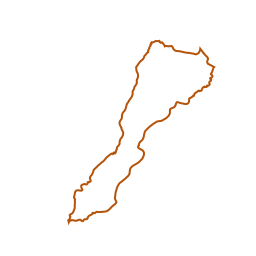 Bagre, Pará, Brazil (Natural Earth projection), rotated 49°
{"feature_id": "56859067B6820333786751", "entity_name": "Bagre", "entity_type": "district", "adm_level": 2, "iso_a3": "BRA", "parent_name": "Brazil", "parent_adm1": "Pará", "projection": "natural_earth1", "projection_center": [-50.178, -2.484], "detail": "fine", "context": "isolated", "style": "outline", "palette": "amber", "viewbox_px": 256, "rotation_deg": 49, "n_neighbors": 0, "source": "geoboundaries", "source_scale": "gbopen_adm2", "svg_char_len": 5846}
<svg xmlns="http://www.w3.org/2000/svg" viewBox="0 0 256 256"><g transform="rotate(49 128 128)"><path d="M121.9,21.6L121.6,21.9L119.7,21.8L118.9,21.6L116.7,21.6L115.6,21.5L116.4,22.4L117.0,23.4L117.6,25.1L117.7,26.0L117.6,26.6L117.2,28.0L116.9,28.5L115.3,29.6L114.6,30.0L114.0,30.5L112.5,31.8L111.6,32.4L110.3,33.8L108.1,35.6L107.0,36.5L106.2,37.0L105.8,37.3L105.4,37.5L103.4,39.2L101.4,41.1L100.8,41.5L98.7,41.9L97.9,41.9L96.8,41.4L95.3,41.2L94.7,41.3L94.2,42.2L93.6,42.8L93.0,43.8L92.5,44.1L92.2,44.5L91.6,45.0L91.2,45.2L90.7,45.8L90.5,46.6L89.7,46.2L88.5,46.3L87.7,46.1L86.0,46.0L85.6,46.2L85.4,47.2L85.0,47.5L84.2,47.6L83.2,47.2L82.8,47.2L82.7,47.7L82.4,48.2L82.0,48.5L81.4,49.2L80.6,49.8L80.4,50.3L80.3,51.2L79.8,52.9L79.5,53.3L78.8,53.9L78.9,54.6L79.5,54.7L79.9,55.2L79.8,55.8L79.8,56.4L80.3,56.8L80.7,56.9L80.8,57.9L80.9,58.4L81.3,59.1L82.0,59.7L82.0,60.2L82.5,61.4L82.7,61.8L82.9,62.2L83.5,62.7L84.0,62.9L84.0,63.7L83.8,64.7L83.9,65.3L84.2,66.0L84.3,66.5L84.3,67.7L84.4,68.3L85.0,69.3L85.3,69.8L85.6,70.5L85.9,71.7L85.9,73.7L85.7,74.4L85.9,75.1L86.0,76.2L86.2,76.7L86.2,77.1L86.5,78.1L86.6,78.8L86.8,79.4L87.2,81.1L87.3,81.6L87.8,82.3L89.5,83.4L90.5,84.1L91.7,84.5L92.1,84.5L93.7,85.1L95.2,86.2L95.6,86.6L96.6,87.8L97.1,89.0L97.5,89.8L98.1,90.4L99.7,91.7L100.3,92.5L100.4,93.1L101.0,94.8L101.2,96.1L101.6,96.7L102.6,98.1L103.3,100.2L103.6,100.7L104.0,101.1L105.2,101.9L105.9,102.9L106.6,104.1L107.0,105.0L107.3,106.3L107.9,108.8L108.6,110.8L108.9,112.3L109.5,113.7L111.5,116.5L112.2,117.8L112.4,118.6L112.8,119.5L113.0,121.5L113.3,122.3L113.7,123.1L114.1,123.7L115.2,125.0L115.9,125.5L116.8,126.6L117.6,129.7L118.3,130.6L118.9,131.4L119.4,131.7L121.5,132.4L122.0,132.5L122.5,132.6L123.2,132.8L123.6,132.8L124.1,133.3L124.6,133.6L127.3,134.2L128.5,134.7L129.0,135.2L129.7,136.0L130.4,137.3L130.7,137.9L131.1,139.3L131.4,140.9L131.7,141.5L132.8,143.3L133.3,143.8L134.3,144.6L134.6,145.1L135.0,146.3L135.3,148.6L135.6,149.3L135.9,149.7L136.7,150.3L136.8,150.9L137.2,151.7L138.1,152.9L138.4,153.3L138.6,154.5L137.3,154.6L137.2,155.2L137.6,155.7L137.8,156.2L137.5,156.9L136.7,157.1L136.4,157.6L136.3,158.9L136.2,162.3L136.2,163.8L136.5,165.3L136.8,167.0L136.9,168.1L136.9,169.0L136.7,169.7L136.7,171.1L136.7,172.5L136.8,173.4L136.7,175.2L137.0,177.6L136.9,178.2L137.0,179.0L137.0,179.9L137.1,181.4L137.3,181.8L137.9,182.5L138.5,183.5L139.4,185.6L139.7,186.4L139.8,187.6L140.0,188.3L140.3,188.9L140.6,189.4L141.4,190.1L143.2,190.6L143.6,191.0L143.7,191.6L143.5,192.8L143.2,193.1L142.6,193.4L142.5,193.9L143.2,194.7L143.5,195.2L143.5,195.9L143.4,196.4L142.8,196.9L141.7,197.5L141.4,198.5L140.8,199.7L140.7,200.8L141.2,201.5L141.7,201.9L142.3,202.2L143.3,202.6L144.7,202.9L144.9,203.5L144.7,204.3L144.4,204.7L143.6,205.4L142.5,206.2L142.1,206.8L141.3,208.0L141.4,209.1L142.1,210.6L143.7,212.5L144.7,214.1L145.8,214.6L147.0,214.7L147.8,215.7L149.3,216.8L150.8,218.3L152.2,219.7L153.5,220.7L154.4,222.4L155.4,224.2L155.9,226.2L155.5,227.9L155.4,229.0L156.3,229.7L157.1,229.7L157.5,230.1L157.7,230.6L158.5,231.7L158.4,233.3L158.6,233.8L159.0,234.0L159.6,234.1L160.3,234.5L159.8,233.4L160.1,232.5L160.4,231.8L160.5,231.0L161.4,230.1L162.0,229.8L162.5,229.3L163.6,228.4L164.1,227.9L164.5,226.8L165.2,225.1L165.7,224.3L166.5,224.0L167.7,224.0L168.6,223.3L168.7,222.6L168.3,221.7L168.4,220.7L169.6,219.2L169.8,218.3L169.5,217.5L169.1,217.3L169.0,216.7L168.8,216.0L168.7,215.0L169.1,213.6L169.5,211.4L168.9,210.6L168.9,210.1L169.4,209.7L170.0,209.6L170.5,208.7L170.6,208.2L170.5,206.9L172.0,205.4L172.5,205.0L173.0,204.3L173.8,203.4L174.0,202.8L175.5,201.0L176.8,198.7L177.0,198.1L177.1,197.7L177.1,196.3L177.2,195.6L177.1,194.3L177.0,193.7L176.8,192.0L176.8,189.2L176.9,188.3L176.9,187.4L176.8,186.6L176.3,185.3L174.2,184.7L173.3,184.4L172.5,183.9L171.8,183.4L171.5,182.9L170.8,182.1L168.5,179.6L168.0,178.9L167.3,177.6L166.3,176.2L165.0,173.7L164.5,172.1L164.2,171.1L164.1,169.8L164.3,168.1L164.3,166.9L164.4,163.3L164.3,159.5L164.0,158.2L163.7,157.1L163.1,156.6L162.4,155.6L160.7,153.9L160.3,153.2L159.8,151.7L159.8,150.8L159.7,149.6L159.9,148.3L160.6,144.6L160.9,143.3L160.9,142.2L160.6,137.7L160.4,137.0L159.8,135.8L159.5,134.9L158.6,133.5L157.3,132.3L156.2,131.8L154.3,131.7L153.7,131.8L152.1,132.6L151.5,132.8L149.8,133.1L149.0,133.0L148.4,132.2L148.3,131.2L148.0,130.9L147.5,130.6L146.5,128.5L146.4,127.3L146.5,126.7L146.5,126.2L146.3,124.8L146.1,124.3L145.9,123.6L145.0,121.9L143.6,120.3L142.2,118.2L141.8,117.4L141.5,116.5L141.5,115.6L141.3,113.7L141.2,111.4L141.2,109.4L141.6,105.2L141.9,103.5L142.1,102.3L142.2,101.7L142.8,100.7L144.0,98.9L144.6,97.7L144.9,97.1L145.0,95.6L145.5,93.6L145.6,92.7L145.6,91.1L145.5,90.1L145.4,89.2L144.7,87.2L144.4,86.8L143.1,85.6L142.6,85.2L141.7,84.2L141.5,83.7L141.6,82.5L142.2,80.7L142.5,79.8L142.5,78.6L142.1,77.4L141.1,75.7L140.8,75.1L140.6,74.6L140.7,73.9L141.8,73.1L142.2,72.9L143.1,72.3L143.8,71.9L147.4,69.1L148.2,68.2L148.4,67.7L148.7,67.0L148.7,66.1L148.0,64.4L146.2,62.9L146.1,62.4L145.9,61.9L146.1,61.3L146.4,60.6L146.5,60.1L146.4,59.7L146.6,59.2L146.6,58.7L146.4,58.3L146.6,57.7L146.9,57.4L146.8,57.0L146.4,56.9L146.5,56.4L146.1,55.7L145.7,55.1L145.8,54.6L145.7,53.8L146.0,52.9L146.1,50.5L146.4,49.9L147.0,49.9L148.0,47.9L147.3,47.0L147.0,46.1L146.8,45.7L146.6,45.0L146.8,43.9L146.9,43.3L147.5,43.2L148.5,41.8L148.5,41.3L147.9,40.9L147.9,40.3L148.6,39.9L148.8,39.4L148.9,38.7L148.8,38.2L148.6,37.7L148.2,37.3L147.3,37.2L146.8,36.7L146.5,36.0L146.5,35.6L146.7,34.8L146.6,34.2L146.2,33.6L145.8,33.4L145.2,33.6L144.6,33.6L144.3,33.0L144.8,31.7L144.7,30.9L144.4,30.3L143.8,30.0L143.0,30.0L142.5,30.2L141.7,30.1L141.4,29.8L141.3,28.7L140.7,27.4L139.0,24.7L138.5,23.6L138.5,23.0L134.2,24.6L132.2,25.5L131.3,25.4L130.8,25.3L130.1,24.9L129.7,24.5L129.3,23.9L129.0,23.5L128.6,22.5L128.0,22.0L126.8,21.7L125.6,21.7L122.8,21.9L122.4,21.8L121.9,21.6Z" fill="none" stroke="#b45309" stroke-width="2"/></g></svg>